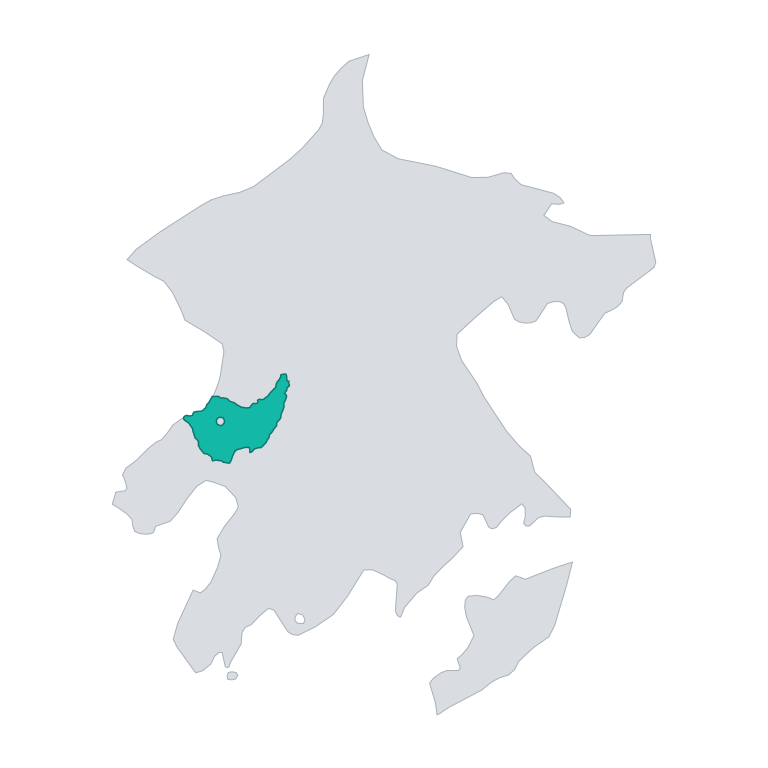 location of Shaki District, Şəki, Azerbaijan, rotated 272°
{"feature_id": "54616110B25010354244926", "entity_name": "Shaki District", "entity_type": "district", "adm_level": 2, "iso_a3": "AZE", "parent_name": "Azerbaijan", "parent_adm1": "Şəki", "projection": "orthographic", "projection_center": [47.215, 41.108], "detail": "fine", "context": "in_parent", "style": "filled", "palette": "teal", "viewbox_px": 768, "rotation_deg": 272, "n_neighbors": 0, "source": "geoboundaries", "source_scale": "gbopen_adm2", "svg_char_len": 6268}
<svg xmlns="http://www.w3.org/2000/svg" viewBox="0 0 768 768"><g transform="rotate(272 384 384)"><path d="M542.8,645.3L539.4,645.1L514.9,651.4L509.7,649.6L488.3,623.1L483.9,620.2L474.8,619.1L469.5,614.7L465.0,607.6L462.5,602.2L440.7,587.9L437.4,582.6L436.9,577.9L440.1,573.7L443.7,570.1L454.3,566.4L466.6,563.1L470.5,560.8L472.5,556.9L472.3,550.7L470.2,544.6L452.4,533.7L450.4,529.0L449.8,523.1L450.7,516.9L453.4,512.1L467.7,505.4L475.3,498.6L470.5,491.1L454.8,474.0L436.3,455.3L424.0,455.2L410.0,460.9L387.5,477.2L375.0,484.1L358.7,495.6L340.9,508.3L326.3,521.8L317.1,532.9L300.9,537.8L292.6,547.1L265.2,575.0L257.5,574.6L257.2,560.6L257.6,549.6L256.0,543.2L247.2,534.4L247.1,530.7L249.5,528.4L256.3,529.8L264.9,529.4L269.1,526.0L259.9,514.5L251.7,506.7L244.8,501.5L243.3,498.4L243.3,496.2L244.8,493.6L256.7,487.4L258.0,481.6L257.2,475.1L238.4,465.4L224.2,468.7L211.7,457.8L203.7,449.4L193.6,440.4L184.7,435.4L176.2,424.1L161.3,412.3L151.7,408.8L151.9,407.1L153.7,405.0L157.8,403.3L184.5,404.2L187.8,402.2L189.6,397.3L193.3,390.0L197.8,379.3L197.5,370.3L171.0,355.2L151.8,341.4L138.7,323.4L129.9,307.0L130.3,301.6L133.1,296.5L154.0,282.0L155.5,278.1L155.1,275.5L147.9,267.7L138.8,259.6L136.0,253.8L130.3,250.7L119.2,250.3L100.1,240.1L96.0,239.1L95.1,237.1L96.1,235.2L110.0,231.6L109.9,228.4L105.8,224.0L98.1,220.7L91.1,212.8L88.8,205.8L114.2,186.1L121.6,182.3L137.8,186.3L171.3,200.4L168.8,207.8L172.2,212.1L179.9,217.9L194.7,224.0L207.3,227.1L213.7,224.7L223.4,222.6L236.0,229.4L247.6,238.0L253.3,241.5L256.4,242.6L265.3,239.8L276.0,229.0L280.3,215.8L281.5,209.5L275.4,200.7L262.7,191.2L248.6,182.7L239.5,175.3L233.8,160.7L228.0,159.0L226.5,157.1L225.6,152.2L225.9,145.3L228.0,140.0L233.8,137.7L239.6,137.0L244.9,132.0L251.5,122.1L254.3,116.6L266.6,119.8L268.2,128.8L270.4,130.7L275.5,129.6L284.0,126.0L290.8,128.9L299.4,139.5L311.5,150.8L318.0,158.3L320.5,163.5L326.7,168.6L335.7,174.5L342.9,183.8L349.4,205.4L355.9,210.4L379.3,218.5L387.5,220.2L410.6,222.9L418.6,220.8L430.3,202.1L440.8,182.9L450.6,178.8L468.4,169.3L479.0,160.4L483.4,150.9L493.2,133.0L499.3,122.9L509.9,131.6L528.6,155.4L555.4,194.1L562.1,205.1L566.6,217.8L570.6,233.4L576.9,247.0L604.4,281.1L616.3,293.6L635.6,309.7L642.4,313.2L651.3,314.0L667.5,313.5L682.6,319.5L690.2,323.8L698.0,330.2L705.2,337.5L712.8,357.6L686.5,351.8L660.3,353.7L645.6,358.6L631.4,364.9L617.8,373.7L609.6,390.4L603.3,428.5L593.4,464.3L594.2,480.7L599.3,496.3L598.9,503.8L594.0,507.1L588.0,514.0L580.5,546.8L576.5,553.4L571.3,557.5L569.8,553.7L569.9,545.2L558.1,537.9L552.1,546.4L548.2,564.5L540.0,583.5L539.6,587.1L542.8,645.3ZM150.4,310.8L151.6,305.7L148.4,303.4L144.9,303.2L141.9,305.7L141.8,312.0L145.9,313.3L150.4,310.8ZM60.8,456.9L56.9,451.6L55.2,448.6L66.9,446.6L86.5,440.0L91.7,443.6L97.2,450.8L99.9,457.0L100.2,468.3L102.5,470.2L112.0,466.7L116.1,471.3L123.3,477.0L135.8,482.7L154.2,474.5L163.3,472.5L170.8,472.8L174.8,475.5L176.0,484.4L174.4,495.2L172.2,501.1L176.0,505.5L190.8,516.2L196.9,522.2L193.8,532.2L204.6,557.0L208.3,566.6L212.6,578.5L189.6,573.6L148.4,562.9L137.1,557.6L126.6,543.6L120.3,536.9L111.1,528.1L103.4,524.7L97.6,518.7L94.5,509.8L89.8,501.8L81.5,492.3L63.2,460.3L60.8,456.9ZM90.4,246.4L87.8,248.0L84.1,246.2L83.0,242.3L83.4,238.2L87.2,237.3L90.3,238.6L91.1,242.3L90.4,246.4Z" fill="#d9dde1" stroke="#a8b0b8" stroke-width="1"/><path d="M389.5,280.6L387.9,280.6L387.2,280.3L385.5,279.4L384.2,278.9L382.9,277.5L380.1,276.2L378.9,276.1L376.4,275.7L375.3,274.1L374.0,273.2L372.9,272.1L371.3,270.7L370.1,269.9L368.9,269.0L367.4,267.9L366.3,266.1L364.9,264.9L364.4,263.7L364.0,262.0L364.4,260.5L364.0,258.9L362.9,258.2L362.1,258.6L360.5,258.1L359.9,256.6L360.1,255.0L359.8,253.5L358.7,252.7L357.8,251.9L356.7,251.4L355.6,250.3L355.5,249.0L355.2,247.1L355.4,246.0L355.6,244.6L355.7,242.8L356.2,241.6L356.5,241.0L357.3,239.4L358.2,237.5L359.2,236.4L360.1,234.9L360.7,232.5L360.7,232.4L361.2,231.1L361.8,229.8L363.3,228.6L364.1,227.1L364.1,225.9L364.5,223.6L364.3,221.4L365.2,220.0L365.9,218.9L365.7,216.4L365.6,214.4L365.7,212.8L364.1,212.2L362.1,210.9L359.3,209.6L357.2,207.6L355.4,207.1L353.7,206.5L353.4,205.8L352.2,204.7L351.0,203.5L350.4,202.0L350.2,200.2L350.2,198.8L349.8,196.8L349.2,194.9L348.1,194.3L346.1,193.8L345.3,191.9L345.3,190.5L345.5,189.0L345.7,187.7L345.2,186.4L343.7,184.9L342.3,184.8L340.9,185.9L340.1,187.1L339.5,188.1L338.4,189.8L337.5,190.8L335.3,192.2L334.4,193.0L332.8,194.2L330.3,194.7L329.3,195.0L328.0,195.6L325.8,196.2L325.1,196.7L323.4,197.1L322.3,198.7L320.6,200.2L319.1,200.6L317.8,200.7L316.1,200.6L315.4,201.1L314.1,201.8L312.7,202.6L312.0,203.4L311.2,204.1L310.8,204.1L310.0,205.1L309.1,205.7L308.2,206.7L308.0,207.9L308.0,209.3L307.3,211.0L306.8,211.5L306.4,212.3L305.7,213.2L304.9,214.2L303.1,214.7L302.6,214.7L301.2,215.4L301.6,216.8L302.2,218.9L301.7,221.4L301.6,223.5L301.2,225.2L300.2,225.9L300.1,227.4L299.8,228.9L299.5,231.0L299.6,232.5L301.0,233.3L302.5,233.9L303.3,234.2L305.0,234.7L306.7,235.2L307.9,235.7L309.5,236.4L310.5,236.7L311.0,237.1L311.7,237.3L311.4,237.5L313.3,239.3L313.8,241.4L314.5,243.7L315.0,244.8L315.5,246.4L315.8,247.7L315.9,249.6L315.9,251.0L315.7,251.6L313.4,252.3L311.0,252.3L311.1,253.5L312.9,255.6L314.4,256.4L315.0,257.9L316.0,261.0L316.1,263.3L316.4,263.6L317.1,264.3L317.9,265.2L319.3,266.3L321.5,268.3L323.5,269.0L326.0,270.7L327.3,271.2L329.5,271.2L329.7,271.5L331.2,273.2L332.4,274.0L333.8,274.8L335.8,276.0L337.5,277.3L338.5,278.1L341.3,278.1L342.5,278.9L344.2,280.4L345.9,281.7L347.8,282.1L349.9,282.2L352.5,283.1L353.8,283.7L355.4,284.2L355.8,284.3L357.7,284.9L360.3,284.6L361.8,284.6L363.7,285.8L365.5,286.4L366.9,286.8L368.3,287.1L369.8,286.6L370.7,285.4L371.1,285.1L372.8,285.8L373.9,286.9L375.7,287.1L377.0,287.4L378.3,289.1L379.6,289.6L380.7,288.9L382.1,288.8L383.4,288.8L383.2,288.4L383.1,288.1L383.9,287.2L385.0,286.7L386.3,286.5L387.1,286.5L387.8,286.5L388.5,286.4L389.6,286.1L390.4,285.5L390.5,285.0L390.4,284.0L390.3,282.9L389.9,281.5L389.5,280.6ZM343.2,225.2L342.3,225.7L340.5,225.9L339.2,225.5L338.1,224.4L337.2,223.5L336.9,223.2L336.7,222.2L336.9,221.3L337.0,221.0L337.4,220.0L338.0,218.8L338.9,218.1L340.2,218.0L341.5,217.7L342.8,218.1L343.1,218.2L343.7,218.9L344.7,219.8L344.9,220.5L345.0,222.0L344.9,223.5L344.3,224.4L343.3,225.1L343.2,225.2Z" fill="#14b8a6" stroke="#0f766e" stroke-width="1.5"/></g></svg>